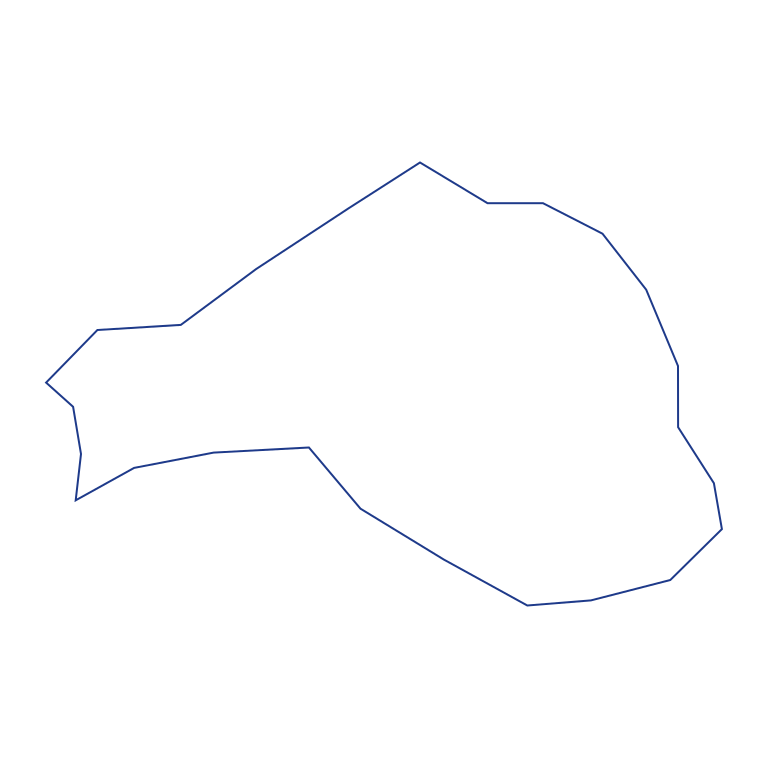 the border of Miskolc
{"feature_id": "HUN-4922", "entity_name": "Miskolc", "entity_type": "Urban county", "adm_level": 1, "iso_a3": "HUN", "parent_name": "Hungary", "parent_adm1": "", "projection": "equal_earth", "projection_center": [20.688, 48.113], "detail": "fine", "context": "isolated", "style": "outline", "palette": "blue", "viewbox_px": 768, "rotation_deg": 0, "n_neighbors": 0, "source": "natural_earth", "source_scale": "10m", "svg_char_len": 433}
<svg xmlns="http://www.w3.org/2000/svg" viewBox="0 0 768 768"><path d="M75.7,500.3L81.0,454.0L73.1,406.8L46.1,382.6L97.4,330.0L180.8,324.9L256.2,269.0L348.6,208.3L420.0,162.5L487.5,203.2L543.0,203.2L602.5,233.7L646.2,289.7L678.0,366.0L678.1,427.2L713.9,483.2L721.9,529.1L670.3,580.0L590.9,600.4L527.3,605.5L443.9,559.6L360.5,508.7L308.9,447.5L213.6,452.6L134.1,467.9L75.7,500.3Z" fill="none" stroke="#1e3a8a" stroke-width="2"/></svg>